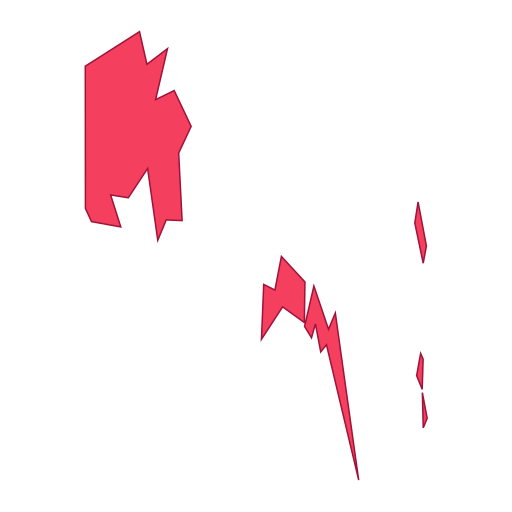 map outline of Arkhangel'sk (Natural Earth projection), rotated 91°
{"feature_id": "RUS-2354", "entity_name": "Arkhangel'sk", "entity_type": "Region", "adm_level": 1, "iso_a3": "RUS", "parent_name": "Russia", "parent_adm1": "", "projection": "natural_earth1", "projection_center": [52.194, 71.252], "detail": "coarse", "context": "isolated", "style": "filled", "palette": "rose", "viewbox_px": 512, "rotation_deg": 91, "n_neighbors": 0, "source": "natural_earth", "source_scale": "10m", "svg_char_len": 755}
<svg xmlns="http://www.w3.org/2000/svg" viewBox="0 0 512 512"><g transform="rotate(91 256 256)"><path d="M33.7,376.4L66.2,368.4L50.2,348.1L101.4,359.1L92.0,340.7L127.5,323.1L154.4,335.1L221.9,330.5L221.5,346.4L242.0,354.5L170.4,365.9L200.0,384.7L197.5,402.4L229.3,391.7L224.5,421.1L211.4,427.4L69.2,430.0L33.7,376.4ZM328.0,182.2L311.6,175.7L478.3,149.4L343.5,184.0L350.8,189.6L322.9,195.4L336.8,199.1L325.6,206.2L285.0,197.6L328.0,182.2ZM256.0,230.6L281.1,206.6L321.7,206.5L306.4,228.5L339.2,249.1L284.3,247.8L289.7,236.5L256.0,230.6ZM260.3,88.7L220.2,97.8L199.1,94.9L243.0,85.8L260.3,88.7ZM386.4,87.5L372.8,93.3L350.6,89.7L356.1,87.1L386.4,87.5ZM389.7,87.3L415.3,82.0L424.9,85.8L389.7,87.3Z" fill="#f43f5e" stroke="#9f1239" stroke-width="1.5"/></g></svg>